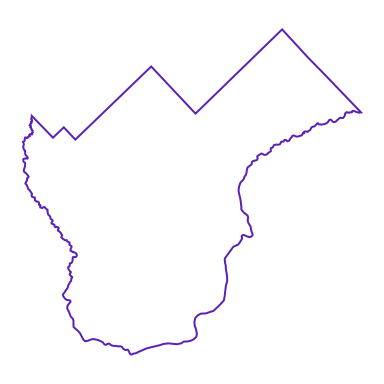 outline of Collón Curá, Neuquén, Argentina
{"feature_id": "61730980B40628819919033", "entity_name": "Collón Curá", "entity_type": "district", "adm_level": 2, "iso_a3": "ARG", "parent_name": "Argentina", "parent_adm1": "Neuquén", "projection": "equal_earth", "projection_center": [-70.399, -40.052], "detail": "fine", "context": "isolated", "style": "outline", "palette": "violet", "viewbox_px": 384, "rotation_deg": 0, "n_neighbors": 0, "source": "geoboundaries", "source_scale": "gbopen_adm2", "svg_char_len": 5832}
<svg xmlns="http://www.w3.org/2000/svg" viewBox="0 0 384 384"><path d="M25.3,137.4L24.9,138.3L24.6,140.8L24.2,141.3L23.0,141.9L23.7,143.6L23.8,144.2L23.5,146.0L23.2,146.7L23.6,148.6L24.3,150.1L24.7,150.6L25.1,150.7L25.0,151.5L25.2,152.1L25.1,153.6L25.4,154.5L27.4,157.1L27.8,157.8L27.4,158.6L27.2,158.7L26.5,158.4L25.2,158.6L24.9,158.5L23.8,158.9L23.2,159.5L23.4,161.1L24.0,162.1L25.0,162.8L25.2,163.5L25.0,166.6L23.9,169.5L23.8,170.6L24.0,171.4L24.4,172.1L26.1,173.3L27.6,175.0L28.6,176.5L28.4,177.2L28.2,177.5L27.6,177.7L27.2,178.2L27.1,178.7L27.1,180.2L26.8,181.0L26.5,181.3L25.7,182.6L25.4,183.6L26.6,184.8L27.5,186.7L28.1,188.7L28.9,189.7L29.6,190.1L31.9,193.7L32.0,194.3L31.6,195.0L31.6,195.7L31.8,196.4L32.7,197.1L34.8,197.6L35.0,200.3L35.8,201.1L36.6,201.5L38.1,201.7L38.7,202.2L38.9,202.6L39.0,204.7L39.4,205.1L40.1,205.0L40.4,205.2L40.5,205.5L40.2,206.6L40.2,207.4L42.0,208.0L42.6,207.9L43.4,207.1L44.4,207.1L44.9,207.3L45.7,208.4L46.7,209.3L47.5,209.7L47.6,210.7L47.4,211.8L47.7,212.3L47.9,213.7L48.2,214.4L48.7,215.2L49.6,215.8L50.4,217.0L50.4,218.5L51.0,219.2L52.3,219.9L52.6,220.4L52.6,220.9L52.3,221.6L51.9,221.9L51.5,222.5L51.6,223.5L54.3,224.7L54.5,225.0L54.6,226.4L55.1,227.0L55.7,227.2L56.8,226.8L58.0,227.4L58.6,228.0L58.7,228.4L58.6,228.7L57.9,229.6L57.9,230.5L59.3,231.4L60.8,232.9L61.4,234.2L62.1,235.2L62.0,235.8L61.3,237.1L62.4,238.4L64.9,240.2L66.6,240.1L67.2,241.4L69.5,242.5L69.6,243.2L69.3,244.1L69.3,244.5L71.5,246.3L71.6,246.7L71.1,248.0L71.0,248.3L70.4,249.8L70.4,250.3L70.6,250.7L70.8,250.9L71.7,251.1L72.4,252.0L73.3,252.0L76.1,253.3L76.8,254.6L76.8,255.6L76.5,256.3L75.9,256.9L74.6,257.2L73.8,256.9L73.3,256.9L73.1,257.1L72.8,257.7L72.6,258.5L72.7,259.1L72.5,260.7L72.1,262.1L71.4,263.0L70.0,263.3L69.8,263.5L69.7,264.3L69.8,265.1L69.5,266.3L69.3,266.6L68.5,266.8L68.2,267.1L68.2,268.2L68.6,269.3L70.1,271.5L70.8,271.9L70.9,272.1L70.8,272.5L70.0,273.4L69.7,274.3L69.8,274.7L71.5,276.6L72.0,276.8L72.2,277.1L72.1,277.8L71.4,278.3L71.3,278.6L71.1,281.0L70.1,281.9L68.3,285.2L67.7,287.7L67.3,288.4L65.8,290.3L64.6,292.3L63.0,294.3L63.0,294.9L63.3,296.2L64.9,298.5L65.7,299.3L67.1,300.0L69.8,300.3L70.3,300.8L70.5,301.8L68.1,304.8L67.4,306.3L67.2,308.4L69.1,312.2L70.5,316.1L72.9,319.0L73.4,320.3L73.5,323.4L73.4,324.5L73.7,327.2L78.0,330.9L80.0,333.2L83.2,339.3L84.8,341.0L85.4,341.2L86.1,341.2L88.8,340.4L92.1,339.2L93.7,339.1L98.0,340.0L102.6,342.1L104.1,344.0L104.9,344.6L105.8,344.9L107.1,344.1L108.8,343.5L109.5,343.8L110.0,344.3L111.7,345.5L114.9,346.0L115.9,345.9L117.9,346.3L120.5,346.3L122.0,346.9L123.1,348.6L124.6,349.7L125.4,350.0L127.3,349.7L128.3,350.1L128.8,351.5L130.5,354.3L131.4,354.6L133.4,353.6L135.1,353.4L137.1,352.7L137.6,352.3L146.1,348.6L148.8,347.8L159.7,345.2L163.7,343.9L168.4,343.4L176.7,344.2L181.1,343.4L184.0,341.5L187.5,341.5L191.4,340.5L194.1,339.0L196.3,336.8L196.9,333.8L196.1,329.8L194.7,325.4L194.4,321.8L195.2,318.2L197.4,315.6L200.7,313.7L206.3,313.3L209.8,312.0L213.5,310.9L219.7,305.0L223.8,300.5L224.7,295.9L225.9,285.5L227.2,281.4L227.1,276.2L225.9,268.9L225.7,265.4L225.1,263.2L225.0,262.1L224.7,259.1L224.9,258.4L232.9,247.3L234.3,246.2L237.9,244.8L239.4,243.0L242.1,238.6L242.2,238.2L241.7,237.1L241.7,236.1L242.3,235.3L243.3,235.0L245.0,235.4L247.1,236.4L248.8,237.0L249.6,237.2L251.2,236.6L252.5,235.4L252.6,234.9L252.2,233.0L251.3,230.8L251.0,229.4L250.7,227.0L250.2,225.8L249.4,224.7L248.5,223.1L248.0,221.8L247.7,220.7L247.9,218.9L248.1,217.2L247.5,215.5L245.8,214.1L244.0,212.8L241.3,209.4L241.4,207.5L240.7,201.2L240.2,198.3L239.0,193.3L238.6,190.7L238.8,188.3L239.4,185.4L240.6,182.4L243.6,179.4L244.2,177.2L244.9,176.0L245.5,175.5L245.9,174.9L246.4,173.5L246.8,170.3L247.6,167.4L250.0,165.7L251.5,164.3L251.8,163.6L251.9,162.4L252.2,161.7L252.6,161.4L253.4,160.9L255.9,160.4L256.7,160.1L257.2,159.6L257.6,158.7L257.6,158.1L257.3,157.0L257.3,156.2L257.6,155.9L261.1,153.7L261.6,153.5L262.5,153.9L263.9,154.8L265.1,154.9L265.9,154.7L267.1,154.2L268.3,152.9L270.8,151.2L270.9,150.4L270.7,149.5L270.8,148.4L271.0,148.0L271.5,147.8L272.6,147.6L273.3,146.4L273.6,145.7L274.0,145.1L274.4,144.8L275.6,144.8L276.2,144.6L278.4,144.7L279.7,144.3L280.3,143.7L280.7,142.9L280.9,142.1L281.7,141.6L283.5,141.6L284.5,140.0L285.7,139.9L286.3,140.3L287.2,141.2L287.6,141.2L289.0,140.7L289.4,140.3L290.2,138.7L291.2,137.7L292.2,136.1L292.9,135.6L293.6,135.5L294.3,135.6L296.0,136.5L297.0,136.6L299.1,136.2L301.7,135.3L302.4,134.4L302.8,133.3L302.9,133.2L303.8,133.3L304.0,133.2L303.5,132.5L304.4,131.6L305.5,131.4L307.0,131.8L307.8,131.7L308.2,131.2L310.2,130.0L311.1,128.1L312.2,126.9L314.4,126.4L317.3,123.4L317.8,123.2L318.1,123.3L318.7,124.3L320.1,124.3L321.0,124.6L324.3,124.2L326.8,123.1L328.2,121.8L328.8,120.6L329.4,119.9L330.6,119.6L331.5,120.1L332.3,121.3L333.5,122.0L334.1,122.1L335.1,121.9L336.6,120.9L337.4,119.9L338.3,119.3L339.6,118.0L340.3,117.7L341.3,118.0L342.5,118.1L343.3,117.8L344.9,115.5L344.9,114.1L345.1,113.6L345.8,112.7L346.3,112.6L346.7,112.2L347.3,112.2L347.9,112.6L349.5,112.7L349.7,112.4L351.9,112.2L352.1,112.0L352.2,111.4L352.4,111.0L353.3,110.8L356.5,112.0L359.2,112.7L361.0,112.4L326.2,76.1L307.6,57.1L282.1,29.4L195.5,113.6L151.2,66.5L75.3,139.6L63.8,127.3L53.0,137.7L31.8,115.9L31.8,116.6L32.0,117.2L31.5,117.6L31.6,118.0L31.2,118.9L31.5,119.1L31.8,119.6L32.0,120.2L32.1,121.4L31.9,121.7L31.3,121.5L31.0,121.6L30.9,122.2L31.3,122.7L31.3,123.4L30.8,123.6L29.7,125.2L30.7,125.7L31.0,126.1L30.8,126.7L30.3,127.0L30.3,127.3L31.0,127.8L31.2,128.2L31.2,128.8L31.8,129.2L31.8,130.2L32.7,130.8L32.5,131.5L32.8,132.5L32.5,132.8L32.0,132.8L31.8,133.1L31.7,133.7L32.1,133.8L32.2,134.1L32.0,134.4L31.8,134.5L31.5,134.2L30.9,134.1L30.5,134.3L30.0,134.3L29.9,134.9L29.2,135.0L29.1,135.4L29.6,136.1L28.8,136.5L28.6,136.8L28.0,137.0L27.9,137.5L27.6,137.8L26.8,138.1L25.8,137.4L25.3,137.4Z" fill="none" stroke="#5b21b6" stroke-width="2"/></svg>